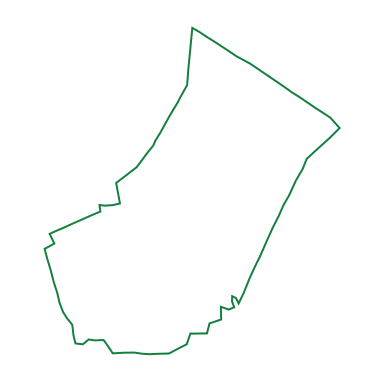 Haditha, Al-Anbar, Iraq, rotated 2°
{"feature_id": "34846034B75041723835254", "entity_name": "Haditha", "entity_type": "district", "adm_level": 2, "iso_a3": "IRQ", "parent_name": "Iraq", "parent_adm1": "Al-Anbar", "projection": "robinson", "projection_center": [42.343, 34.245], "detail": "fine", "context": "isolated", "style": "outline", "palette": "green", "viewbox_px": 384, "rotation_deg": 2, "n_neighbors": 0, "source": "geoboundaries", "source_scale": "gbopen_adm2", "svg_char_len": 1291}
<svg xmlns="http://www.w3.org/2000/svg" viewBox="0 0 384 384"><g transform="rotate(2 192 192)"><path d="M80.8,347.4L88.2,348.0L93.9,343.0L100.3,343.7L108.8,343.0L113.0,348.4L118.4,356.0L130.9,354.9L140.5,354.5L146.9,355.3L154.8,355.6L163.5,354.9L174.7,354.2L184.7,348.4L192.0,344.4L195.3,333.6L211.9,332.8L214.1,322.7L225.6,318.4L224.9,305.7L232.8,308.2L238.2,305.7L235.8,299.9L235.8,294.8L239.5,296.3L242.5,301.7L244.6,297.0L247.0,291.6L252.4,276.7L257.0,265.5L262.1,254.3L268.4,238.4L274.2,224.3L279.3,213.4L283.8,202.2L289.3,191.7L295.3,177.2L301.9,164.9L305.5,154.8L311.0,149.4L316.1,144.4L320.3,140.3L328.2,132.7L337.3,122.9L335.8,121.4L327.7,112.9L311.6,103.2L296.4,93.6L287.4,88.3L281.3,84.2L266.1,74.6L245.6,61.7L231.9,54.9L220.1,47.6L209.7,41.3L201.7,36.7L194.3,32.1L186.6,28.0L185.7,42.4L185.0,54.1L184.1,68.4L183.4,85.3L178.4,95.0L174.6,102.9L167.1,116.5L162.8,124.9L157.8,134.7L153.7,141.7L151.7,146.9L146.6,153.6L135.9,169.1L128.9,174.9L115.9,185.6L118.8,198.7L120.4,206.0L113.1,207.9L105.2,208.7L100.0,208.2L101.1,214.7L92.5,218.7L84.1,222.8L73.9,227.7L65.8,231.8L57.6,235.6L51.2,238.8L56.2,248.3L46.7,254.0L49.6,263.5L53.7,275.7L56.9,286.6L60.9,297.7L63.4,307.2L67.5,316.7L71.6,322.7L77.0,328.9L78.6,339.5L80.8,347.4Z" fill="none" stroke="#15803d" stroke-width="2"/></g></svg>